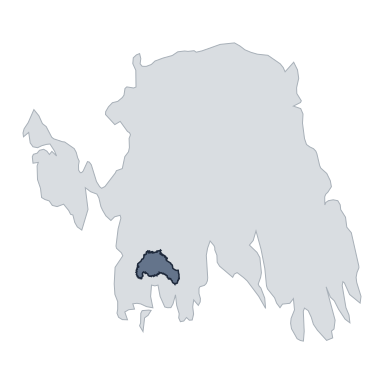 Castlebar Lea-7, Mayo, Ireland shown in context, rotated 270°
{"feature_id": "5873133B79217415432935", "entity_name": "Castlebar Lea-7", "entity_type": "district", "adm_level": 2, "iso_a3": "IRL", "parent_name": "Ireland", "parent_adm1": "Mayo", "projection": "robinson", "projection_center": [-9.299, 53.81], "detail": "fine", "context": "in_parent", "style": "filled", "palette": "slate", "viewbox_px": 384, "rotation_deg": 270, "n_neighbors": 0, "source": "geoboundaries", "source_scale": "gbopen_adm2", "svg_char_len": 8721}
<svg xmlns="http://www.w3.org/2000/svg" viewBox="0 0 384 384"><g transform="rotate(270 192 192)"><path d="M257.4,46.2L246.8,51.7L245.2,53.7L242.3,62.3L242.0,64.7L235.4,74.2L231.7,76.2L226.1,77.7L222.9,79.2L218.9,78.5L213.8,78.6L211.3,80.3L211.4,81.6L212.9,83.1L222.4,87.5L221.9,89.3L219.2,91.3L202.4,96.5L197.4,99.6L195.7,101.6L197.5,105.0L211.0,115.3L213.3,116.4L215.4,122.3L227.3,124.8L232.2,128.5L236.4,129.4L245.6,129.1L249.2,130.5L251.3,129.5L252.5,127.5L262.6,120.2L259.4,114.8L269.5,105.5L272.4,105.7L277.2,108.5L281.3,112.4L282.6,117.7L286.5,122.4L288.9,124.0L295.5,125.0L297.1,126.8L296.0,133.7L297.0,136.0L313.7,135.8L320.4,132.8L326.2,133.3L329.1,136.4L330.4,139.6L325.4,140.8L320.2,140.1L317.7,142.2L317.6,146.2L319.5,151.3L323.0,155.0L326.0,163.2L328.5,172.3L332.2,177.8L333.0,184.7L332.6,188.0L333.3,194.1L331.8,196.2L333.1,201.9L339.6,220.2L341.1,234.5L338.1,239.8L334.2,244.9L331.7,250.9L329.8,257.4L328.7,267.9L320.2,280.2L316.5,283.2L312.2,285.1L321.8,293.7L314.1,297.5L305.7,298.7L296.3,296.6L290.5,296.8L283.2,301.3L281.5,300.5L277.9,293.4L275.4,300.7L270.0,303.0L260.8,302.5L245.4,304.5L239.5,306.5L237.1,309.8L235.3,313.5L232.9,315.8L230.2,316.9L218.3,319.7L215.9,320.8L210.5,326.8L203.3,330.3L197.3,331.4L191.9,327.9L189.7,325.7L187.2,324.7L179.0,324.8L181.6,325.9L183.3,328.4L184.2,333.2L183.3,337.8L179.2,340.2L174.4,340.7L166.8,345.5L156.8,346.8L151.3,351.3L118.0,358.8L116.1,358.9L111.5,357.0L106.6,356.1L101.6,356.7L87.6,361.0L80.9,360.1L89.5,349.6L101.1,344.4L102.3,342.9L98.5,342.2L76.5,345.9L68.9,349.0L61.2,349.9L64.8,345.1L74.7,338.6L83.2,334.3L86.9,330.4L97.2,326.1L63.8,335.1L55.0,334.0L53.0,331.5L46.1,332.7L43.6,326.6L53.8,317.4L59.7,313.4L66.7,311.3L73.4,308.2L75.9,304.5L72.8,303.3L52.6,304.2L42.9,303.4L43.5,300.4L45.3,297.1L55.3,291.5L60.7,290.6L65.6,291.1L74.1,294.5L85.4,293.4L80.7,289.8L79.9,282.5L76.3,280.0L80.9,276.6L86.2,274.6L95.1,267.5L98.2,266.5L115.6,264.8L134.5,261.1L153.1,256.0L143.5,253.2L138.9,249.4L131.6,257.0L126.3,259.9L111.3,261.4L106.6,260.6L99.9,258.2L97.9,259.1L95.9,260.9L86.0,264.7L75.6,265.6L87.7,258.7L103.1,247.2L106.5,243.5L111.4,237.1L109.9,234.3L106.7,232.7L117.8,219.6L121.7,217.2L128.8,216.9L134.1,214.8L136.3,214.8L138.4,214.0L143.0,210.1L135.9,207.6L128.7,206.3L106.2,207.7L103.2,207.4L100.4,206.2L98.6,204.4L97.3,200.0L95.6,199.0L90.5,199.0L85.5,200.4L82.1,200.2L78.6,198.3L84.1,193.7L77.1,192.7L69.9,193.6L64.0,192.2L63.8,189.3L66.5,186.5L63.0,183.8L62.3,180.4L66.1,178.7L70.2,179.2L78.5,176.7L89.2,175.5L80.1,173.0L76.4,170.9L76.3,167.6L77.0,164.8L87.6,160.1L98.9,158.0L98.1,154.9L98.9,151.5L87.5,150.6L76.2,152.9L77.4,146.5L80.1,140.7L80.7,136.9L80.2,132.8L74.9,134.5L74.3,128.7L72.0,124.8L64.2,127.5L64.4,122.3L66.7,118.6L70.8,117.0L74.9,117.7L82.4,117.7L89.6,114.9L100.1,114.2L116.7,115.1L128.2,122.8L131.2,121.4L135.7,116.5L137.9,116.0L155.1,118.1L165.9,120.9L168.7,120.1L167.2,114.6L163.5,110.9L168.1,105.9L173.7,102.6L177.4,100.9L186.1,98.9L189.9,96.9L192.3,90.6L196.3,85.3L174.6,88.0L153.9,81.8L157.1,77.3L161.5,74.8L169.0,72.9L169.7,70.6L173.5,68.7L179.8,63.6L177.4,57.1L178.6,52.3L183.1,49.2L184.5,44.9L186.5,41.6L195.7,40.5L204.5,37.5L218.1,37.1L221.6,38.3L220.8,33.0L227.2,32.3L229.7,33.4L230.8,37.1L233.7,39.5L234.7,43.7L232.8,46.9L229.5,49.4L232.6,51.9L228.0,56.6L233.0,54.5L240.0,50.0L239.6,46.4L238.3,41.8L236.3,37.6L237.2,33.0L241.1,30.2L251.6,28.7L247.2,23.5L251.0,23.0L255.2,24.1L261.4,28.2L274.4,33.9L268.2,38.9L260.4,42.4L257.4,46.2ZM73.9,148.6L73.6,151.1L68.6,148.0L66.2,144.6L52.4,143.0L58.2,139.6L61.0,140.6L70.7,140.8L73.4,142.2L73.9,148.6Z" fill="#d9dde1" stroke="#a8b0b8" stroke-width="1"/><path d="M105.4,141.7L105.8,141.4L106.3,141.5L107.3,142.4L107.8,142.5L107.9,142.9L108.1,143.0L108.5,142.8L109.1,142.7L109.3,142.4L109.8,142.5L110.4,142.4L110.6,142.4L111.1,142.8L111.5,142.8L111.8,143.3L111.7,143.5L111.9,143.6L111.6,143.9L111.6,144.0L111.5,144.3L111.5,144.6L111.9,145.1L111.6,145.3L111.4,145.3L111.5,145.4L111.3,145.5L111.0,145.7L111.0,145.9L110.9,145.9L111.1,146.2L110.9,146.3L110.0,147.8L108.6,148.2L108.3,148.5L108.1,148.8L108.0,149.2L107.9,149.3L107.8,149.5L108.0,150.0L107.8,150.2L107.9,150.4L107.9,150.6L107.7,150.9L107.5,151.3L107.9,151.5L108.0,151.6L108.2,151.8L108.2,152.0L108.3,152.2L108.1,152.3L108.1,152.5L108.2,153.0L108.1,153.3L107.9,153.4L108.2,153.6L108.3,153.7L108.5,153.9L108.7,154.1L108.3,154.2L108.3,154.3L108.1,154.4L108.4,154.7L108.6,154.8L108.6,155.1L108.8,155.3L108.5,155.7L108.6,155.8L108.5,156.2L108.9,156.5L108.7,156.7L108.9,156.7L109.0,157.0L109.4,156.9L109.8,157.2L109.7,157.4L109.7,157.6L109.5,157.8L109.7,158.0L110.2,158.1L110.1,158.3L110.2,158.5L109.9,158.7L110.1,158.9L110.3,159.2L110.6,159.6L111.1,159.3L111.3,159.4L111.7,159.2L111.7,159.3L111.3,159.8L111.0,160.0L111.0,160.3L111.2,160.5L111.1,160.8L111.2,161.0L111.2,161.6L110.9,161.7L110.6,162.0L110.5,162.4L110.4,162.4L110.3,162.6L110.1,162.9L110.1,163.0L110.4,162.9L110.6,163.1L110.7,163.3L110.6,163.5L110.3,164.0L109.9,164.2L109.5,164.7L109.5,164.9L109.6,165.0L109.6,165.3L109.1,165.6L109.0,166.0L108.6,166.1L108.7,166.4L108.5,166.6L108.3,167.1L107.8,167.3L107.1,167.1L107.0,167.4L105.6,168.2L105.6,168.5L105.1,168.5L105.0,168.8L105.6,169.3L105.0,169.9L105.1,170.1L105.4,170.4L105.4,170.6L104.2,171.1L103.5,171.7L103.4,172.0L103.0,172.1L102.4,172.2L101.4,172.7L100.8,173.6L100.7,174.1L99.8,174.8L100.3,174.9L100.4,175.2L100.4,175.4L100.5,175.6L100.3,175.8L100.5,176.2L100.5,176.3L100.8,176.7L100.9,177.1L101.1,177.2L101.1,177.4L101.3,177.5L101.2,177.6L101.4,177.4L101.7,177.5L102.7,177.6L102.9,177.8L103.4,177.8L103.4,178.0L103.7,178.1L103.8,178.3L104.4,178.4L104.5,178.6L104.9,178.7L105.1,179.0L105.5,178.8L105.5,179.2L108.4,178.9L109.0,179.0L109.4,179.0L110.0,178.9L110.2,178.7L110.4,178.6L113.7,178.2L113.6,176.1L115.1,173.5L115.7,172.8L118.8,172.3L119.0,172.1L119.2,171.9L119.5,171.7L119.8,171.4L119.9,171.1L120.2,170.9L120.3,170.7L120.9,170.6L123.3,166.8L123.5,166.7L123.8,166.5L124.0,166.2L124.8,166.1L124.9,166.3L124.9,166.5L125.0,166.5L125.2,166.9L125.3,166.8L125.4,167.1L125.7,167.2L125.8,167.2L126.0,167.0L125.9,166.9L126.0,166.7L125.9,166.6L125.8,166.1L126.3,166.1L126.4,165.9L126.5,165.8L126.7,165.6L126.8,165.5L126.9,165.3L126.9,164.8L127.2,164.6L127.5,164.5L127.8,164.7L127.9,165.1L128.4,164.4L128.7,163.9L128.6,163.6L128.7,163.4L128.7,163.1L128.6,162.9L128.9,162.8L129.2,163.0L129.4,162.9L129.5,162.4L129.0,162.0L129.1,161.9L129.1,161.7L129.3,161.5L129.6,161.5L129.8,161.9L130.1,161.9L130.2,161.7L130.2,161.4L129.9,161.0L130.2,160.9L130.1,160.7L130.0,160.3L130.1,160.1L130.4,160.0L130.9,160.2L131.6,160.8L131.8,160.4L132.5,160.3L132.9,160.1L133.1,160.3L133.4,160.5L133.5,160.8L133.7,160.6L134.0,160.5L133.7,160.1L133.2,159.7L133.2,159.3L133.1,158.9L133.1,158.7L133.2,158.1L133.0,157.7L132.9,157.0L132.9,156.9L132.5,156.9L132.0,157.1L131.8,156.7L131.9,156.3L131.9,156.1L131.9,155.5L131.7,155.2L131.6,154.7L131.5,154.2L131.4,154.1L131.2,153.9L131.3,153.5L131.2,153.4L131.2,153.2L131.3,153.3L131.3,153.2L131.3,152.9L131.2,152.8L131.2,152.6L131.3,152.5L131.2,152.4L131.3,152.3L131.2,152.3L131.3,152.3L131.2,152.1L131.3,152.0L131.6,152.0L131.7,152.3L131.8,152.5L132.0,152.6L132.3,152.7L132.4,152.4L132.3,151.7L132.0,151.6L131.9,151.5L131.7,151.4L131.7,151.1L131.7,150.9L131.6,150.6L131.6,150.2L131.1,150.0L131.2,149.5L131.2,149.4L131.5,149.6L132.0,149.3L132.2,149.9L132.3,150.0L132.7,149.9L133.0,149.6L132.9,149.4L132.8,149.0L133.0,148.8L132.9,148.6L132.7,148.6L132.3,148.5L132.3,148.3L132.3,148.2L132.2,148.2L132.5,148.0L132.6,147.9L132.9,147.6L132.7,147.5L132.6,147.4L132.5,147.2L132.1,147.1L132.2,146.6L131.8,146.3L131.3,146.3L130.8,146.5L130.0,146.4L129.9,145.9L129.8,145.5L129.4,145.0L129.2,145.0L129.2,144.9L129.1,144.6L129.2,144.4L129.5,144.3L129.4,144.3L129.3,144.1L129.1,144.1L128.8,143.9L128.7,143.9L128.8,144.0L128.5,144.0L128.3,144.1L126.3,143.7L125.1,143.0L124.9,142.1L124.7,142.1L124.3,141.6L122.9,141.0L120.2,137.8L118.4,137.5L117.8,137.8L117.8,138.1L117.9,138.3L117.9,138.5L117.4,138.7L116.8,138.6L116.7,138.3L116.8,138.1L116.9,137.7L116.9,137.4L116.5,137.4L116.3,137.2L115.9,137.1L115.7,137.2L115.2,136.9L115.0,137.1L114.9,137.1L114.7,137.3L114.4,137.1L114.3,136.5L113.9,136.4L113.5,136.3L113.3,136.3L113.1,136.6L112.8,136.7L112.4,136.9L111.9,136.2L111.7,136.0L111.3,136.4L111.0,136.5L110.9,136.7L110.5,136.6L110.2,136.7L109.9,136.6L109.6,136.4L109.4,136.4L109.2,136.6L109.2,136.8L108.5,137.3L108.1,137.2L108.0,137.4L107.8,137.4L107.8,137.2L107.5,137.3L107.3,137.4L107.3,137.6L107.5,138.0L107.2,138.1L106.9,138.3L106.9,138.2L106.6,138.2L106.6,138.3L106.2,138.3L106.1,138.5L106.0,138.9L106.1,139.0L106.2,139.7L106.3,139.9L106.1,140.0L106.1,140.3L105.9,140.5L105.5,140.3L105.4,140.3L105.4,141.0L105.3,141.4L105.3,141.6L105.4,141.7Z" fill="#64748b" stroke="#1e293b" stroke-width="1.5"/></g></svg>